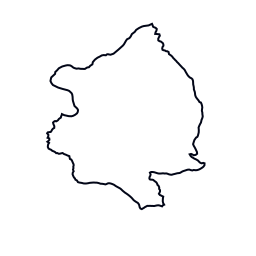 Conceição das Alagoas, Minas Gerais, Brazil (Robinson projection), rotated 152°
{"feature_id": "56859067B76812944203742", "entity_name": "Conceição das Alagoas", "entity_type": "district", "adm_level": 2, "iso_a3": "BRA", "parent_name": "Brazil", "parent_adm1": "Minas Gerais", "projection": "robinson", "projection_center": [-48.354, -19.942], "detail": "fine", "context": "isolated", "style": "outline", "palette": "ink", "viewbox_px": 256, "rotation_deg": 152, "n_neighbors": 0, "source": "geoboundaries", "source_scale": "gbopen_adm2", "svg_char_len": 4585}
<svg xmlns="http://www.w3.org/2000/svg" viewBox="0 0 256 256"><g transform="rotate(152 128 128)"><path d="M196.8,102.9L195.8,102.1L194.6,101.2L193.2,99.9L191.9,99.1L190.6,98.5L188.9,97.9L187.7,97.6L186.5,97.1L185.1,96.5L183.8,95.9L182.5,95.1L181.1,94.3L179.7,93.1L178.4,91.7L176.9,90.8L175.7,89.9L174.4,88.8L173.2,88.6L172.0,88.6L170.7,88.2L169.3,87.1L168.0,85.7L167.0,84.4L166.0,82.4L165.1,81.0L164.1,79.5L163.2,78.1L162.7,76.8L162.2,75.2L161.5,73.5L160.9,72.1L160.2,70.9L159.4,69.3L158.6,67.5L158.1,66.2L157.6,64.8L157.2,63.2L156.9,61.7L156.2,60.2L155.4,58.7L154.5,57.3L154.2,55.4L154.5,53.9L154.9,52.5L154.8,51.0L153.9,49.9L152.7,50.0L151.6,50.0L150.3,50.2L148.8,50.2L147.5,50.2L146.5,49.6L145.5,49.1L144.6,48.6L143.3,47.9L141.5,46.8L140.0,46.4L138.6,46.0L137.1,45.3L135.7,43.9L134.7,42.8L133.4,43.4L132.1,43.3L132.2,45.2L131.7,47.0L131.0,48.2L130.2,49.5L129.1,50.9L129.8,51.8L130.6,53.0L131.3,53.9L131.6,55.4L130.4,56.2L129.5,57.0L128.9,58.2L129.1,59.6L128.3,61.0L128.2,62.8L128.7,64.0L128.4,65.2L128.5,66.7L129.5,68.8L130.1,70.3L131.0,71.1L132.1,71.7L132.9,72.5L132.7,73.7L131.6,74.9L130.7,75.4L129.8,76.5L129.6,78.3L128.3,78.3L126.9,77.6L125.6,76.6L124.3,75.3L123.0,74.0L122.0,73.2L120.8,72.6L119.7,72.1L118.4,71.6L117.0,70.6L115.5,69.9L114.7,69.2L113.7,68.0L112.5,66.9L111.3,66.2L109.8,65.9L108.3,65.5L107.0,65.2L105.7,64.9L104.5,64.4L103.4,64.0L102.1,64.0L100.3,64.1L98.9,63.9L97.3,63.6L95.9,63.4L94.7,63.1L93.4,62.5L92.2,61.2L91.1,60.3L89.7,60.1L88.2,59.0L86.8,58.4L85.4,58.1L84.3,58.0L83.0,58.0L81.8,58.1L80.6,58.2L79.4,58.5L78.0,59.2L77.0,60.9L78.0,61.9L79.5,62.2L80.5,63.3L81.1,64.9L81.5,66.5L82.7,68.4L83.8,69.8L84.6,71.2L85.4,72.5L85.8,73.8L85.9,75.8L84.5,75.5L83.5,74.3L82.8,73.1L80.9,72.5L79.1,72.8L78.4,74.3L78.3,76.2L78.2,78.2L78.2,79.8L78.3,81.4L78.1,83.2L77.0,84.3L76.0,85.3L74.9,86.3L73.5,87.0L72.3,87.6L71.0,87.6L69.9,88.4L68.8,89.6L67.7,90.8L66.8,92.3L66.1,93.7L65.5,95.2L64.4,96.2L63.1,97.2L62.1,97.9L61.1,98.5L60.2,99.5L59.3,100.6L58.4,101.3L57.3,102.3L56.5,103.3L55.9,105.1L55.1,106.8L54.7,108.5L53.7,110.0L52.8,111.2L52.2,112.8L51.8,114.6L51.7,116.3L52.7,117.3L52.8,119.3L53.2,121.2L53.4,122.5L53.5,123.8L53.2,125.6L52.5,127.3L52.1,128.5L51.9,129.8L51.7,131.2L51.0,132.5L50.5,133.9L50.0,135.8L49.2,137.5L48.5,139.0L48.2,140.7L48.6,142.0L49.7,143.6L50.2,145.1L50.5,146.4L50.6,148.0L50.7,150.1L50.7,151.3L50.7,152.7L51.1,154.3L51.7,155.8L52.0,157.1L52.4,158.5L52.8,160.0L53.2,161.7L53.7,163.1L54.0,164.7L54.4,165.8L54.7,167.0L55.2,168.6L55.4,170.2L55.9,171.7L57.1,174.0L56.5,176.1L57.3,177.3L58.3,177.9L59.0,179.1L60.0,179.9L60.8,180.8L60.5,182.1L59.5,183.3L58.1,184.0L57.5,185.3L57.4,186.6L58.0,188.0L58.5,189.1L59.4,189.8L60.1,191.1L59.4,192.6L58.0,193.7L56.6,194.5L56.3,196.0L57.5,196.8L58.5,197.5L59.8,198.3L58.7,199.6L57.3,200.5L56.1,201.9L56.6,203.5L57.5,204.5L58.3,205.6L58.0,207.4L57.9,208.7L59.6,208.8L61.6,208.9L66.2,210.6L68.1,211.0L71.4,211.1L74.7,210.8L76.9,209.7L80.5,209.1L82.7,207.5L84.6,206.7L87.2,206.8L88.8,206.0L92.1,203.9L93.7,203.2L99.7,201.7L105.9,200.4L109.0,200.9L110.2,201.8L111.1,202.6L112.1,202.9L113.4,202.6L115.2,203.8L117.1,204.4L119.4,204.3L121.9,204.4L125.1,203.9L128.1,202.7L129.6,200.9L132.1,200.7L133.9,200.0L135.7,200.6L138.4,200.4L141.0,201.9L142.4,202.7L143.5,203.7L145.7,204.6L147.4,206.3L148.2,207.6L148.6,208.7L149.5,210.2L150.5,211.0L152.0,211.9L153.6,212.4L157.2,213.2L161.0,213.2L163.6,212.2L165.9,211.6L167.0,210.0L172.0,208.7L173.0,207.6L174.4,205.9L174.5,203.5L174.1,201.2L170.7,196.5L167.4,193.2L163.6,189.7L162.5,188.3L161.5,185.4L161.5,183.9L162.3,181.5L163.4,179.2L163.9,177.7L164.9,172.6L163.7,169.0L163.7,167.3L164.8,165.8L166.1,164.9L168.3,164.5L170.6,164.5L172.4,164.9L174.8,166.3L177.0,168.2L178.2,169.2L179.8,171.3L180.6,170.4L181.6,169.7L182.4,168.7L183.7,168.6L184.9,168.4L186.0,167.8L187.1,167.6L188.3,167.6L189.1,168.4L190.4,168.4L191.6,168.0L192.0,166.6L192.2,164.2L193.1,162.7L194.7,162.6L196.0,162.0L197.0,161.3L198.1,160.8L199.7,161.4L200.9,161.8L201.9,161.3L201.5,159.3L202.4,158.0L203.6,157.1L202.4,155.8L202.9,154.5L204.5,153.9L205.6,153.7L204.7,151.9L206.0,151.2L206.8,150.3L207.7,148.9L207.8,147.1L206.9,145.8L206.0,144.7L205.6,143.4L204.5,142.2L203.6,140.8L203.2,139.5L202.1,139.0L201.3,137.8L200.2,137.3L198.9,137.0L197.5,136.6L196.7,135.0L195.4,133.6L194.3,132.1L193.0,130.7L193.4,129.4L193.8,127.9L192.9,126.8L192.8,125.3L193.0,123.3L193.1,121.5L193.6,120.4L194.5,119.5L195.0,118.2L196.1,117.1L196.3,115.3L197.6,114.6L198.6,113.3L198.8,112.1L198.9,110.8L198.9,109.5L198.5,108.3L198.7,107.1L197.7,105.6L197.6,103.7L196.8,102.9Z" fill="none" stroke="#020617" stroke-width="2"/></g></svg>